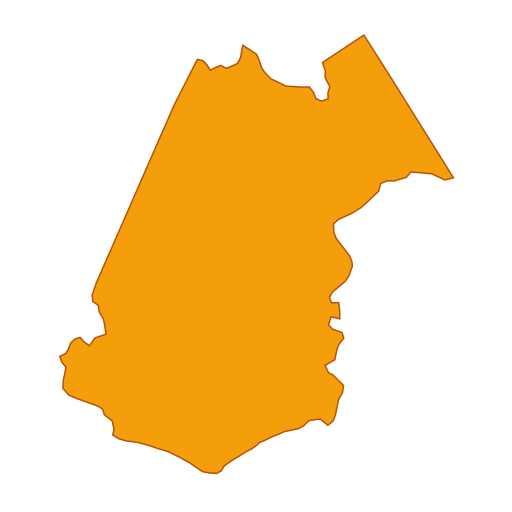 the district of Goiana, Pernambuco, Brazil, rotated 87°
{"feature_id": "56859067B6453110180727", "entity_name": "Goiana", "entity_type": "district", "adm_level": 2, "iso_a3": "BRA", "parent_name": "Brazil", "parent_adm1": "Pernambuco", "projection": "mercator", "projection_center": [-34.921, -7.588], "detail": "fine", "context": "isolated", "style": "filled", "palette": "amber", "viewbox_px": 512, "rotation_deg": 87, "n_neighbors": 0, "source": "geoboundaries", "source_scale": "gbopen_adm2", "svg_char_len": 1936}
<svg xmlns="http://www.w3.org/2000/svg" viewBox="0 0 512 512"><g transform="rotate(87 256 256)"><path d="M188.3,114.5L185.4,102.0L180.2,96.9L183.1,76.2L189.9,63.4L188.3,54.7L82.9,113.1L41.0,136.7L66.3,179.5L74.8,177.1L81.7,177.6L90.7,173.4L96.6,175.6L102.9,175.8L104.8,182.6L101.8,188.1L95.9,189.9L89.9,193.9L89.7,202.4L88.6,211.0L87.9,217.3L83.7,224.7L79.9,231.8L74.3,236.8L69.0,240.3L60.5,242.6L54.5,245.0L44.9,258.1L49.4,259.4L56.8,260.9L62.6,264.2L65.5,271.2L67.0,275.9L63.8,281.4L66.1,287.7L68.1,291.9L63.0,294.7L58.1,298.8L56.6,304.3L100.8,329.7L123.7,341.2L274.8,417.0L286.6,421.7L292.8,421.4L297.2,415.9L303.0,415.7L311.2,411.6L317.4,410.7L326.1,409.9L327.6,414.6L329.3,421.0L336.9,427.1L332.4,432.5L328.1,435.9L329.4,441.0L333.3,445.7L339.0,448.1L343.3,451.0L346.0,457.3L352.2,455.3L357.0,451.6L363.9,453.2L369.1,454.8L378.1,455.8L385.3,450.0L389.0,442.3L397.7,421.5L401.0,417.2L406.7,415.7L413.2,408.2L421.6,406.9L427.3,408.4L431.3,402.6L434.0,394.8L435.1,388.1L436.3,382.9L438.3,376.8L440.5,370.5L443.2,364.0L445.2,358.2L447.2,352.9L450.9,346.7L453.7,341.6L456.6,337.1L459.4,332.6L463.4,327.6L468.6,320.6L470.4,313.1L471.0,306.3L468.6,301.7L464.2,299.0L460.6,293.5L457.7,288.5L454.0,281.7L450.7,275.7L448.7,271.1L445.7,266.1L442.3,261.9L440.7,257.1L438.8,253.0L437.0,248.5L435.5,243.8L432.8,236.5L431.6,229.0L430.7,222.9L428.0,217.2L423.3,211.9L422.4,205.2L422.3,200.2L428.8,193.1L425.0,187.8L419.4,185.1L403.7,181.1L397.2,176.8L390.0,175.3L378.6,185.6L376.4,189.7L368.9,192.8L363.7,182.7L352.7,179.8L348.5,177.8L342.6,172.6L337.0,174.1L332.8,183.8L328.4,187.1L320.7,184.3L323.1,175.6L314.5,175.3L306.9,175.8L306.7,183.1L301.2,184.8L295.8,181.4L292.3,176.6L285.8,168.0L280.6,164.3L271.4,160.3L266.7,160.5L260.5,162.7L242.9,174.8L236.6,177.1L228.0,176.9L223.7,171.6L218.5,158.3L213.0,148.3L207.8,142.0L201.8,135.0L197.8,130.2L190.1,127.6L187.8,120.9L188.3,114.5Z" fill="#f59e0b" stroke="#b45309" stroke-width="1.5"/></g></svg>